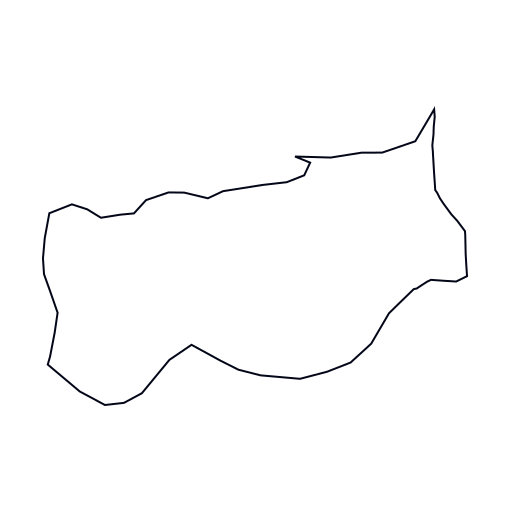 outline of Mathiatis, Nicosia, Cyprus, rotated 275°
{"feature_id": "46923920B42589878398501", "entity_name": "Mathiatis", "entity_type": "district", "adm_level": 2, "iso_a3": "CYP", "parent_name": "Cyprus", "parent_adm1": "Nicosia", "projection": "orthographic", "projection_center": [33.347, 34.962], "detail": "fine", "context": "isolated", "style": "outline", "palette": "ink", "viewbox_px": 512, "rotation_deg": 275, "n_neighbors": 0, "source": "geoboundaries", "source_scale": "gbopen_adm2", "svg_char_len": 1111}
<svg xmlns="http://www.w3.org/2000/svg" viewBox="0 0 512 512"><g transform="rotate(275 256 256)"><path d="M384.2,404.7L370.0,372.7L368.1,352.0L360.6,321.9L358.5,286.2L353.7,301.8L340.6,297.0L332.2,280.2L327.3,256.1L317.7,217.5L309.3,203.0L312.9,178.9L311.7,163.3L302.1,141.6L287.8,130.7L285.4,117.5L280.6,98.2L287.8,83.8L291.4,68.1L280.6,46.4L255.4,44.0L235.0,44.0L219.4,46.4L203.8,53.6L182.2,63.3L161.8,62.1L137.8,59.6L129.7,58.0L105.7,92.2L94.4,118.5L98.2,137.3L109.4,154.3L145.0,178.8L161.9,199.5L148.7,229.6L141.2,248.4L137.5,271.0L137.5,310.6L146.9,336.9L158.1,359.5L173.0,373.2L178.7,378.4L210.6,393.5L221.8,403.1L236.8,416.1L237.6,418.9L240.9,423.0L245.4,428.8L247.5,432.4L247.7,445.4L247.9,452.6L248.0,457.6L254.3,468.0L257.4,467.5L265.9,466.2L276.2,464.7L289.9,463.2L295.3,462.6L299.0,462.0L308.6,453.4L314.5,447.0L320.5,441.7L324.4,438.3L329.5,434.2L334.7,431.0L337.3,428.8L343.2,427.9L354.7,426.1L374.4,423.2L375.0,423.2L376.5,422.9L381.6,422.0L391.0,422.2L393.2,422.2L396.4,422.0L400.5,421.8L410.2,421.9L417.6,420.7L400.0,412.3L384.2,404.7Z" fill="none" stroke="#020617" stroke-width="2"/></g></svg>